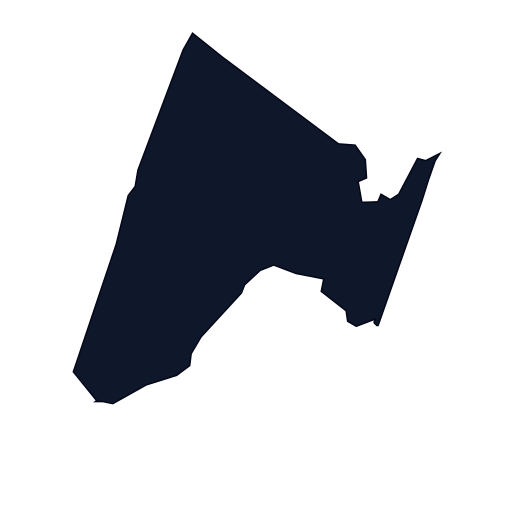 Hertford, North Carolina, United States of America (Albers equal-area conic projection), rotated 109°
{"feature_id": "52423323B21555121079401", "entity_name": "Hertford", "entity_type": "district", "adm_level": 2, "iso_a3": "USA", "parent_name": "United States of America", "parent_adm1": "North Carolina", "projection": "albers", "projection_center": [-76.982, 36.392], "detail": "fine", "context": "isolated", "style": "filled", "palette": "ink", "viewbox_px": 512, "rotation_deg": 109, "n_neighbors": 0, "source": "geoboundaries", "source_scale": "gbopen_adm2", "svg_char_len": 823}
<svg xmlns="http://www.w3.org/2000/svg" viewBox="0 0 512 512"><g transform="rotate(109 256 256)"><path d="M425.0,391.0L444.7,359.5L445.9,360.4L443.5,353.4L442.2,343.3L413.7,317.9L394.6,292.1L381.2,283.0L369.5,285.5L350.4,281.6L295.6,257.7L287.0,257.4L268.2,247.3L258.8,236.4L259.5,212.3L255.6,184.5L268.2,182.8L278.5,152.9L287.9,148.1L289.8,138.3L276.9,122.8L280.1,122.8L280.8,122.4L282.4,119.0L282.0,118.0L280.9,117.9L149.9,117.1L128.1,117.7L107.7,117.6L99.1,115.5L110.6,126.6L111.2,135.0L151.2,141.2L159.0,147.4L156.9,157.9L165.1,158.4L170.8,173.4L152.4,183.6L146.2,176.9L129.3,184.0L118.9,198.4L123.1,214.4L122.3,217.1L79.2,351.5L78.6,353.3L66.1,388.3L66.3,388.4L66.2,388.6L66.4,388.6L84.8,392.0L213.2,395.6L229.6,392.9L240.4,396.5L290.4,392.0L425.0,391.0Z" fill="#0f172a" stroke="#020617" stroke-width="1.5"/></g></svg>